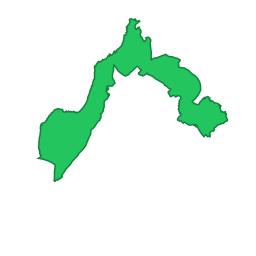 outline of Uvinza, Kigoma, United Republic of Tanzania, rotated 41°
{"feature_id": "72390352B15676475935925", "entity_name": "Uvinza", "entity_type": "district", "adm_level": 2, "iso_a3": "TZA", "parent_name": "United Republic of Tanzania", "parent_adm1": "Kigoma", "projection": "robinson", "projection_center": [30.139, -5.704], "detail": "fine", "context": "isolated", "style": "filled", "palette": "green", "viewbox_px": 256, "rotation_deg": 41, "n_neighbors": 0, "source": "geoboundaries", "source_scale": "gbopen_adm2", "svg_char_len": 5566}
<svg xmlns="http://www.w3.org/2000/svg" viewBox="0 0 256 256"><g transform="rotate(41 128 128)"><path d="M191.0,84.7L190.9,82.2L191.5,81.9L193.5,82.5L194.6,81.0L195.6,80.9L195.3,80.1L194.2,79.1L193.4,78.8L192.9,77.9L192.9,75.7L194.5,74.2L194.6,73.5L194.3,72.5L193.1,71.6L193.0,71.2L193.6,69.4L193.6,67.4L195.9,63.0L196.9,62.0L197.1,59.5L198.1,57.7L198.0,57.0L197.1,56.1L195.7,55.7L193.8,54.5L193.1,53.2L193.4,52.6L192.7,53.1L191.7,52.8L191.3,53.1L190.8,52.4L191.0,51.9L190.8,51.8L189.8,53.5L188.6,53.6L188.2,54.3L187.4,54.7L186.9,54.0L184.5,52.8L183.5,50.3L182.5,50.9L182.7,51.5L182.0,51.3L181.8,50.4L180.4,50.5L177.0,51.9L176.6,52.4L174.2,52.2L173.7,52.7L172.9,52.7L173.0,53.1L172.5,53.6L171.9,53.1L170.7,53.3L170.3,52.1L170.1,52.5L168.5,51.8L168.3,52.3L168.3,51.9L167.6,52.1L166.6,53.7L166.8,54.7L165.9,54.9L166.5,55.7L166.1,56.3L165.6,56.0L165.3,58.1L165.6,59.8L165.3,61.1L165.9,63.5L165.6,63.8L165.7,64.3L163.9,65.4L161.9,66.0L159.3,65.9L158.9,65.6L159.5,63.2L159.4,57.4L158.1,51.9L154.9,48.4L153.0,47.0L151.4,46.1L148.1,44.9L143.6,44.5L140.8,45.1L135.5,44.7L133.3,45.6L131.3,45.6L127.8,48.1L126.0,48.6L125.6,47.9L123.9,46.4L123.2,45.4L123.2,43.7L122.8,42.4L119.1,43.2L118.2,44.0L114.7,45.2L111.8,47.3L108.1,47.7L103.8,55.9L101.6,58.8L101.0,61.3L100.8,61.4L100.4,61.3L99.5,59.6L98.3,58.7L95.8,55.2L94.6,54.6L88.9,49.2L88.2,47.7L87.3,46.6L86.1,46.2L83.8,46.1L83.2,46.8L82.4,48.0L83.2,48.4L83.8,49.7L83.8,51.4L83.5,52.0L80.0,51.2L79.5,50.7L78.0,50.5L75.9,49.7L75.5,48.2L74.1,46.1L70.7,45.2L70.4,44.6L69.6,45.4L70.0,46.4L69.5,47.4L69.6,48.2L69.1,48.3L66.6,47.0L65.8,44.5L66.4,42.6L66.3,41.2L66.9,40.0L66.1,39.7L65.6,40.3L65.6,40.9L64.0,42.0L63.6,41.7L63.2,41.8L62.6,41.1L62.1,41.1L61.6,41.3L61.7,42.6L58.7,43.5L57.9,44.8L58.2,45.5L59.5,46.3L60.4,47.8L60.7,53.1L62.3,53.2L62.1,54.5L64.1,55.7L64.0,57.5L64.6,57.3L65.2,57.8L65.4,58.9L64.2,60.3L64.8,61.5L66.3,63.1L67.1,64.5L68.3,67.6L68.4,68.6L69.0,69.2L69.2,71.0L68.9,74.4L68.5,75.2L68.4,76.5L68.7,77.1L68.5,77.9L68.9,78.0L68.5,78.2L68.7,78.7L68.3,78.4L68.5,78.8L68.4,78.9L68.8,79.1L68.1,79.1L68.5,79.5L67.8,80.1L68.1,80.2L68.1,80.3L67.5,80.1L68.0,81.6L67.9,84.0L67.4,84.3L65.8,84.1L65.5,84.5L66.1,84.9L66.5,84.7L66.7,85.2L66.7,85.9L65.9,85.9L65.7,86.5L66.1,88.7L66.0,90.3L64.4,93.2L64.0,93.1L64.3,94.4L63.8,95.2L64.0,95.9L63.8,96.4L63.2,96.4L63.0,96.9L62.2,97.2L62.4,97.9L62.3,98.4L62.1,98.4L62.3,98.9L62.2,100.6L62.9,102.1L63.1,103.2L62.3,103.3L63.5,104.9L65.3,106.1L66.4,108.3L67.5,109.3L68.2,110.4L68.8,110.6L69.3,111.7L70.5,112.6L70.4,114.1L71.9,117.3L73.0,119.1L73.3,119.2L73.4,119.9L73.0,120.0L73.1,120.5L74.3,122.5L74.2,123.1L74.9,124.1L74.7,124.5L76.0,126.8L77.6,131.4L79.1,133.5L80.2,137.4L80.8,143.4L80.5,147.8L80.0,149.2L79.6,149.7L79.3,149.5L77.5,151.2L76.7,150.8L76.3,151.4L76.1,151.3L75.2,152.7L74.0,153.1L73.3,154.3L72.3,154.1L71.4,156.0L70.9,156.1L70.4,155.8L70.1,157.1L69.3,158.0L67.7,158.2L67.3,157.6L66.8,157.4L67.0,157.3L67.8,158.1L67.2,157.3L66.0,157.2L64.3,158.7L63.1,158.9L63.0,159.7L62.1,159.7L61.6,161.4L60.8,162.0L60.8,165.5L60.4,167.1L60.7,167.5L60.5,168.4L60.8,169.3L60.4,170.3L61.0,172.8L60.7,173.9L61.5,175.0L61.4,176.9L61.7,178.4L61.0,179.6L60.5,179.9L60.1,181.0L60.0,182.3L60.4,183.2L61.1,182.8L60.8,183.9L62.0,185.8L62.5,185.8L63.1,186.5L66.2,191.0L68.4,194.9L69.6,196.1L69.9,197.0L71.7,199.0L72.8,200.8L74.0,201.9L74.7,201.8L75.3,202.9L76.0,202.9L76.3,203.5L76.9,203.5L78.0,205.2L79.7,205.4L80.0,205.7L79.9,206.2L80.8,206.4L80.9,207.8L80.3,209.6L84.9,207.0L89.8,205.0L94.0,203.9L97.6,203.8L100.9,208.9L105.9,214.7L106.6,216.1L107.6,216.3L108.0,215.8L107.9,214.2L108.2,213.8L108.9,213.7L109.2,213.1L108.9,212.3L109.7,211.4L109.6,210.9L110.0,210.7L109.8,210.2L110.5,208.9L110.2,207.7L109.3,207.5L108.8,205.5L108.8,203.8L108.1,200.0L108.4,193.9L107.8,189.4L108.1,181.6L107.6,179.1L107.9,175.6L107.9,171.1L107.5,168.6L105.4,162.7L104.2,158.6L104.1,157.6L101.6,154.0L101.4,153.0L101.9,151.0L102.0,148.8L101.3,144.9L101.1,142.1L101.6,141.3L101.6,140.4L100.9,139.3L100.9,138.2L100.7,137.8L100.2,137.6L99.2,135.8L97.9,135.3L98.6,133.9L98.0,130.9L96.6,129.5L96.7,128.7L96.3,127.9L92.8,123.9L92.5,121.7L93.1,120.3L93.1,119.1L92.6,117.7L92.8,117.0L91.7,116.4L92.4,115.6L92.3,115.4L91.5,115.7L91.8,115.5L91.7,114.8L90.8,114.7L90.4,115.7L89.9,115.3L88.9,115.3L88.6,114.7L87.2,114.7L87.2,113.6L88.0,111.9L87.8,111.5L87.4,111.5L86.8,112.5L86.1,112.7L86.0,112.0L86.7,111.6L86.9,110.7L86.2,110.8L85.7,110.2L85.0,110.4L85.2,109.4L88.4,106.9L88.8,105.9L88.5,105.3L88.8,102.8L86.0,101.2L84.3,100.9L82.2,99.2L80.8,97.2L78.9,93.3L77.2,91.7L76.2,89.6L83.5,91.5L90.1,91.0L92.0,90.4L93.6,86.9L93.2,85.4L93.8,82.1L94.3,75.7L95.4,75.0L98.1,75.8L99.9,75.3L100.2,77.9L99.8,79.2L100.3,80.1L101.1,80.4L105.1,78.9L106.7,74.0L107.5,74.5L112.5,72.9L116.5,72.8L124.8,71.1L126.5,71.1L127.3,71.7L127.7,71.7L129.7,71.1L132.9,71.4L134.6,70.7L135.1,71.0L135.3,71.8L134.6,73.5L134.8,74.7L139.3,76.5L139.9,76.2L140.5,74.1L141.7,73.1L143.5,73.4L143.8,73.1L144.0,71.7L145.1,70.4L145.8,69.9L147.3,70.0L148.0,70.3L148.3,70.9L149.0,74.3L149.8,74.7L150.4,76.4L151.6,76.9L151.5,78.1L152.1,78.5L152.6,78.5L153.4,79.7L153.3,80.1L153.8,80.9L154.7,81.1L156.0,82.2L157.0,82.3L157.3,82.9L157.9,82.5L158.0,82.9L158.9,83.0L159.0,83.4L159.7,83.8L159.1,85.4L159.1,86.2L159.5,88.7L159.8,89.1L160.6,89.4L162.0,88.7L162.4,89.0L162.7,88.4L163.4,87.9L166.5,88.2L166.8,86.5L172.4,85.7L172.8,84.9L173.9,84.2L174.7,82.8L176.0,82.7L176.9,82.2L178.0,82.4L178.0,82.0L177.3,82.0L176.3,81.5L177.0,81.1L178.6,81.0L178.9,81.2L178.7,82.0L180.7,82.0L183.4,83.1L186.3,83.7L186.9,84.1L191.0,84.7Z" fill="#22c55e" stroke="#15803d" stroke-width="1.5"/></g></svg>